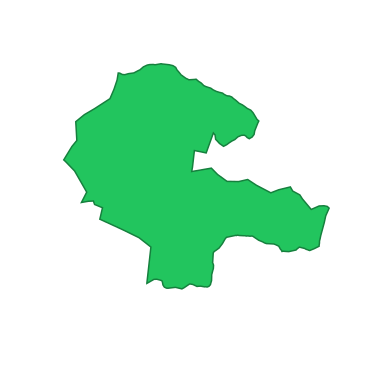 outline of Baroueli, Ségou, Mali, rotated 34°
{"feature_id": "8926073B94232083808790", "entity_name": "Baroueli", "entity_type": "district", "adm_level": 2, "iso_a3": "MLI", "parent_name": "Mali", "parent_adm1": "Ségou", "projection": "robinson", "projection_center": [-6.505, 13.036], "detail": "fine", "context": "isolated", "style": "filled", "palette": "green", "viewbox_px": 384, "rotation_deg": 34, "n_neighbors": 0, "source": "geoboundaries", "source_scale": "gbopen_adm2", "svg_char_len": 3263}
<svg xmlns="http://www.w3.org/2000/svg" viewBox="0 0 384 384"><g transform="rotate(34 192 192)"><path d="M225.9,285.2L231.6,280.3L234.5,279.2L236.1,278.6L237.8,278.0L239.0,275.7L241.4,269.7L241.6,269.5L241.9,269.3L244.4,268.2L248.2,267.6L249.0,267.5L249.4,267.1L249.5,267.0L251.3,265.6L251.9,265.2L255.5,263.6L256.0,263.1L256.8,262.7L257.7,262.3L258.8,260.7L259.1,258.5L258.6,257.2L257.8,254.6L255.6,251.1L254.6,249.6L252.9,244.8L252.5,243.5L250.9,240.8L250.4,240.3L248.2,238.7L248.2,238.3L243.9,231.0L243.7,230.8L243.7,230.0L243.7,229.9L243.6,229.5L243.6,229.1L244.5,226.9L245.8,223.3L245.8,223.2L245.9,221.1L246.1,217.8L245.9,215.2L245.7,212.5L245.9,210.3L252.6,203.4L253.0,203.4L253.4,202.9L253.7,202.4L254.6,202.0L255.4,201.7L259.4,199.3L260.4,198.6L261.6,198.2L261.9,197.9L262.8,197.2L264.8,196.2L266.0,195.2L266.9,194.7L274.3,194.7L278.6,193.8L279.3,193.8L280.9,193.6L282.0,193.3L282.9,193.0L283.6,192.5L287.3,190.3L289.0,189.3L291.3,188.8L292.7,188.6L294.2,188.4L297.4,190.0L298.1,190.2L299.0,190.3L299.7,190.9L299.8,191.0L300.9,190.0L302.9,188.9L305.6,187.3L310.7,181.9L310.9,180.6L311.8,177.7L312.2,177.5L312.8,177.3L313.4,177.1L317.0,175.8L318.7,175.7L319.5,175.4L320.6,175.1L320.9,175.1L322.3,174.7L325.1,170.5L326.1,168.7L327.7,165.9L327.3,165.3L326.2,163.0L325.1,161.3L324.5,159.5L323.1,156.1L318.8,143.5L316.2,137.0L314.7,128.7L312.2,128.3L309.1,129.6L305.2,132.5L300.6,139.8L287.4,136.0L283.0,134.1L275.0,134.9L270.7,132.8L266.7,137.2L262.6,141.7L257.8,148.6L241.6,150.4L231.2,150.5L224.8,157.3L215.1,163.6L203.5,163.2L194.7,161.4L180.3,175.2L178.5,171.1L170.8,156.3L176.4,153.9L181.9,151.7L176.7,131.1L179.2,131.8L181.0,133.8L182.1,135.1L184.4,135.6L187.6,136.4L192.6,136.5L194.3,133.4L195.3,130.5L196.6,127.4L198.2,124.6L199.2,120.6L201.3,117.4L203.5,115.7L205.3,115.5L207.3,116.0L209.7,115.8L210.3,114.4L211.1,112.9L211.3,109.6L209.8,106.2L208.0,98.0L207.7,95.8L205.1,95.4L204.0,94.8L203.5,94.6L201.4,93.6L198.4,92.2L195.0,91.3L191.2,91.8L190.3,91.8L189.1,91.7L187.5,91.6L184.9,91.6L181.5,92.1L179.4,91.8L177.1,91.5L176.1,91.4L175.2,91.4L173.6,91.3L172.8,91.1L171.8,91.0L170.8,91.2L169.1,91.6L167.9,92.4L166.2,92.9L164.5,93.0L163.4,93.1L162.1,92.9L161.1,93.3L160.1,93.6L159.0,94.1L158.5,94.2L155.9,95.0L152.3,95.5L149.8,95.4L148.8,95.6L147.2,96.1L144.3,96.9L142.2,97.2L140.8,96.9L138.8,96.5L137.6,96.5L135.6,96.6L135.0,96.5L132.3,96.2L131.7,96.8L130.7,97.6L128.9,99.0L126.7,100.7L124.2,101.0L123.6,101.2L121.4,101.1L120.4,101.1L118.8,101.0L117.3,101.0L116.6,100.7L113.6,99.8L111.3,99.2L108.8,97.8L105.5,97.9L101.8,99.3L96.3,102.2L96.0,102.4L94.6,103.0L94.3,103.3L90.2,107.2L88.6,107.9L86.4,109.5L85.7,110.0L83.9,111.8L81.7,115.5L80.5,119.9L79.5,121.5L77.2,125.8L76.0,126.9L73.7,128.9L73.0,129.6L70.7,132.3L68.6,133.5L66.5,133.8L65.7,133.8L64.3,134.6L67.3,141.1L69.9,150.5L71.8,160.5L64.7,177.2L59.5,188.1L56.3,198.7L59.9,203.4L67.7,213.7L67.0,221.4L67.7,237.1L69.7,237.4L82.9,240.2L99.4,248.3L104.8,251.0L106.2,262.5L111.3,257.6L115.3,254.6L118.2,256.8L126.6,255.1L130.8,266.1L155.1,262.1L173.6,259.5L188.7,260.6L205.5,292.7L205.7,293.0L207.4,289.6L208.2,287.9L208.3,287.8L209.3,285.7L211.6,284.0L214.4,283.0L216.6,282.4L217.7,283.1L219.9,285.3L222.2,286.3L224.5,286.0L225.9,285.2Z" fill="#22c55e" stroke="#15803d" stroke-width="1.5"/></g></svg>